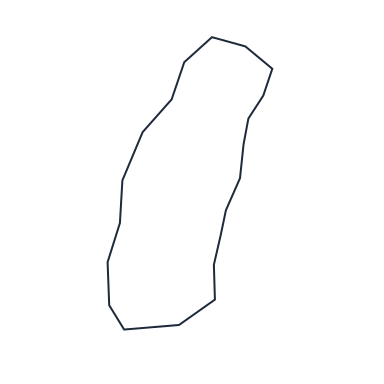 Santa Cruz de Minas, Minas Gerais, Brazil (Natural Earth projection), rotated 299°
{"feature_id": "56859067B4743416484635", "entity_name": "Santa Cruz de Minas", "entity_type": "district", "adm_level": 2, "iso_a3": "BRA", "parent_name": "Brazil", "parent_adm1": "Minas Gerais", "projection": "natural_earth1", "projection_center": [-44.215, -21.121], "detail": "fine", "context": "isolated", "style": "outline", "palette": "slate", "viewbox_px": 384, "rotation_deg": 299, "n_neighbors": 0, "source": "geoboundaries", "source_scale": "gbopen_adm2", "svg_char_len": 414}
<svg xmlns="http://www.w3.org/2000/svg" viewBox="0 0 384 384"><g transform="rotate(299 192 192)"><path d="M301.8,122.3L263.2,129.3L220.4,119.8L168.4,125.5L129.9,144.0L89.7,152.2L52.8,174.5L38.8,199.3L69.4,245.1L109.0,264.2L139.0,246.4L167.9,238.1L192.5,230.5L227.3,227.3L258.9,213.9L283.6,205.7L310.9,207.6L338.7,202.5L345.2,168.1L337.1,134.4L301.8,122.3Z" fill="none" stroke="#1e293b" stroke-width="2"/></g></svg>